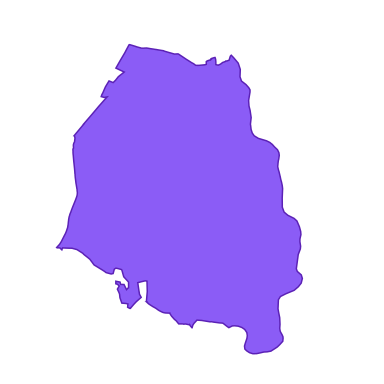 outline of Pelču pag., Kuldigas, Latvia, rotated 14°
{"feature_id": "27541924B78611617538916", "entity_name": "Pelču pag.", "entity_type": "district", "adm_level": 2, "iso_a3": "LVA", "parent_name": "Latvia", "parent_adm1": "Kuldigas", "projection": "albers", "projection_center": [21.992, 56.908], "detail": "fine", "context": "isolated", "style": "filled", "palette": "violet", "viewbox_px": 384, "rotation_deg": 14, "n_neighbors": 0, "source": "geoboundaries", "source_scale": "gbopen_adm2", "svg_char_len": 5087}
<svg xmlns="http://www.w3.org/2000/svg" viewBox="0 0 384 384"><g transform="rotate(14 192 192)"><path d="M77.2,271.7L77.1,272.0L76.6,273.5L76.3,274.4L75.9,275.3L75.5,276.0L74.7,277.5L74.1,278.6L74.6,278.8L77.2,278.2L79.7,279.6L79.9,277.6L87.0,276.1L89.1,275.6L94.3,275.7L100.9,277.9L101.9,278.6L102.9,279.1L106.5,280.7L108.8,281.8L109.2,282.0L113.7,285.7L114.7,286.5L116.7,287.1L124.6,289.6L124.8,289.7L125.0,289.8L126.1,290.1L128.1,291.0L133.4,291.1L135.2,290.2L135.3,285.6L136.6,284.3L138.6,284.2L138.8,284.2L142.0,284.3L142.5,284.4L143.1,285.2L145.2,288.9L146.3,290.8L152.0,294.6L152.2,294.8L152.3,295.1L153.6,300.2L153.4,300.3L152.1,302.6L148.4,298.2L145.1,298.9L144.9,298.6L144.0,296.8L139.7,297.0L140.3,299.5L142.1,299.6L144.1,300.9L143.1,304.3L145.6,307.4L146.4,308.6L147.7,312.1L150.8,316.8L154.6,316.2L156.9,316.1L157.4,319.4L159.7,320.0L160.4,319.8L160.3,319.4L160.6,319.2L160.8,318.8L160.9,318.7L162.7,315.1L164.5,311.9L168.2,306.5L165.6,303.7L165.4,302.9L164.5,300.9L161.3,293.1L164.4,291.4L164.8,291.2L168.1,289.5L169.9,289.4L172.7,299.5L174.1,308.4L174.1,308.9L175.4,309.8L175.3,310.0L175.1,310.0L176.9,311.0L179.4,311.9L181.8,312.7L183.4,313.1L185.4,313.7L187.3,314.5L189.1,315.1L191.8,315.7L193.0,315.9L194.1,315.9L195.5,315.8L197.9,315.3L198.8,315.1L199.7,314.9L199.7,315.0L200.8,316.1L202.2,317.4L205.7,319.8L207.8,320.8L211.0,323.2L215.1,322.2L215.7,322.3L217.8,321.6L221.4,321.5L221.7,321.1L222.5,322.1L222.8,322.3L223.1,322.5L224.7,323.7L225.0,323.6L224.9,323.2L225.0,322.0L225.0,321.1L225.3,320.2L225.7,319.0L226.7,317.2L227.8,315.1L231.3,314.5L232.4,314.3L241.0,313.6L242.0,313.2L244.6,313.0L250.0,312.4L251.3,312.2L252.3,312.0L253.7,311.8L258.0,313.7L258.9,314.1L260.6,314.7L263.5,312.2L265.7,311.5L269.3,311.0L273.2,311.4L276.4,312.6L279.2,315.1L280.4,318.0L280.7,320.7L280.3,325.8L280.2,328.8L281.3,331.6L283.5,332.9L286.7,334.0L290.2,334.2L293.8,333.2L297.3,331.5L300.4,329.9L303.6,328.9L307.1,327.3L308.0,326.3L310.4,323.8L312.3,321.7L314.1,318.8L316.2,314.9L315.8,312.1L315.3,310.5L314.1,308.9L311.6,306.2L310.9,305.0L310.1,303.0L309.4,299.1L307.5,292.7L305.4,288.3L303.7,284.5L301.9,275.6L303.1,272.0L307.6,268.1L314.9,262.7L318.1,258.2L320.0,254.0L320.0,249.2L318.1,246.0L313.4,243.6L311.8,241.3L310.5,229.6L310.2,227.0L310.9,221.1L310.5,218.3L308.7,214.1L308.1,211.5L308.0,207.0L307.0,204.0L304.6,199.7L300.8,194.7L297.4,192.9L290.6,191.4L286.2,189.2L283.3,184.9L281.9,179.5L281.0,176.1L279.1,166.8L278.0,163.9L276.4,160.6L275.5,159.1L274.5,157.1L274.0,156.0L273.4,154.9L271.6,151.4L270.5,149.6L269.2,147.0L268.9,146.1L268.8,145.0L268.6,144.0L268.2,140.9L268.2,139.0L267.8,135.3L266.8,132.8L264.7,130.3L261.0,128.2L258.7,126.6L257.6,126.0L257.4,126.0L255.6,125.1L251.9,124.3L243.4,123.9L238.7,122.4L236.2,120.2L234.2,117.0L232.7,113.0L232.3,112.2L231.4,105.5L228.6,98.7L226.5,94.8L224.8,89.5L224.1,81.0L223.6,78.9L221.9,77.1L218.4,74.7L213.2,72.4L210.7,68.6L209.2,61.4L205.7,55.8L199.9,51.6L197.0,49.8L196.4,50.8L196.3,51.1L196.3,51.4L196.1,55.1L194.1,56.5L193.2,56.6L192.9,57.2L192.4,57.6L191.5,58.2L190.4,58.9L190.2,59.2L189.5,60.0L189.4,60.2L188.9,60.8L188.4,61.3L187.6,61.9L187.0,62.4L186.8,62.6L186.7,62.6L184.3,62.6L184.1,61.7L183.6,59.8L183.4,59.2L183.1,58.3L182.8,57.5L182.5,57.0L182.1,56.3L181.8,55.9L181.1,56.2L179.7,57.1L179.4,57.2L179.3,57.3L179.3,57.6L178.9,57.8L178.7,57.7L178.5,57.9L178.5,58.4L178.4,58.4L178.3,58.2L178.1,58.3L178.0,58.6L178.1,59.4L178.0,59.5L177.8,59.4L177.3,59.8L176.9,59.8L176.6,60.0L176.2,60.5L175.6,60.7L175.5,60.9L174.8,61.3L174.7,61.6L174.3,62.0L175.0,64.7L173.6,65.5L168.2,67.4L167.1,67.7L164.9,68.2L162.9,67.3L161.3,66.8L161.0,66.8L159.4,66.3L158.3,65.9L154.3,64.6L151.3,63.5L145.4,61.4L145.1,61.4L144.9,61.4L141.6,62.4L141.2,62.4L138.7,62.3L135.1,62.2L130.7,62.0L130.4,61.8L124.6,62.3L122.8,62.4L122.6,62.5L121.9,62.5L121.1,62.6L119.8,62.7L117.8,62.9L116.6,63.0L115.2,63.1L113.9,63.2L113.0,63.3L111.7,63.7L111.3,63.8L110.7,64.0L109.8,64.3L107.8,64.7L107.3,64.6L102.5,64.5L102.4,64.4L98.6,64.2L96.1,64.1L95.9,64.1L95.4,64.1L95.6,64.2L95.3,64.4L93.8,70.3L93.2,72.9L90.4,82.3L88.2,90.2L97.2,92.0L92.7,97.8L90.8,102.0L89.4,104.3L89.0,104.9L84.6,104.3L82.6,110.8L82.2,113.0L81.5,117.3L81.0,119.3L80.8,121.4L83.9,121.5L86.6,120.3L80.9,131.2L75.9,141.4L70.4,152.3L70.6,152.3L68.4,156.8L64.0,165.9L64.3,165.9L65.4,167.9L65.9,171.9L65.5,173.2L65.5,175.1L66.4,178.1L66.1,179.0L66.2,179.7L66.5,180.6L66.8,181.6L67.0,182.5L67.3,183.4L67.4,183.8L68.0,185.4L68.7,187.5L69.6,190.1L72.5,198.1L72.7,198.7L73.7,201.6L73.7,201.8L74.4,203.5L74.5,204.0L75.2,206.1L76.1,208.4L77.4,211.8L77.6,212.2L79.5,216.6L79.9,217.4L80.0,217.8L80.2,218.5L80.7,219.8L80.9,220.3L81.0,220.8L81.1,221.3L81.1,221.5L81.2,222.1L81.3,222.6L81.3,223.2L81.3,223.8L81.2,225.2L80.8,228.7L80.6,230.1L80.3,232.2L80.2,233.0L79.9,235.0L79.4,239.1L79.3,240.5L79.1,241.8L78.9,243.2L78.9,244.6L78.8,246.0L78.9,247.5L79.0,248.9L79.2,250.0L79.2,250.3L79.5,252.4L79.7,253.7L79.7,254.2L79.8,255.1L79.9,256.4L79.9,257.1L79.8,257.8L79.7,259.1L79.6,260.5L79.4,261.9L79.2,263.1L78.7,265.1L78.3,266.9L77.2,271.7Z" fill="#8b5cf6" stroke="#5b21b6" stroke-width="1.5"/></g></svg>